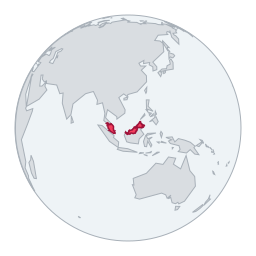 globe centered on Malaysia
{"feature_id": "MYS", "entity_name": "Malaysia", "entity_type": "country or territory", "adm_level": 0, "iso_a3": "MYS", "parent_name": "Asia", "parent_adm1": "", "projection": "orthographic", "projection_center": [110.864, 4.107], "detail": "fine", "context": "on_globe", "style": "filled", "palette": "rose", "viewbox_px": 256, "rotation_deg": 0, "n_neighbors": 0, "source": "natural_earth", "source_scale": "50m", "svg_char_len": 11699}
<svg xmlns="http://www.w3.org/2000/svg" viewBox="0 0 256 256"><circle cx="128" cy="128" r="113" fill="#eef3f6" stroke="#a8b0b8"/><path d="M229.1,161.9L229.0,162.7L228.9,162.8L229.1,161.9ZM182.8,29.6L191.0,34.8L193.2,37.1L188.4,33.1L186.1,31.6L186.5,32.2L184.2,30.9L183.1,30.6L180.4,29.2L177.8,27.3L176.0,26.4L176.3,27.0L173.8,26.1L173.6,25.4L169.2,24.0L164.0,21.4L164.7,21.5L173.9,25.2L182.8,29.6ZM232.5,86.2L232.4,85.9L232.3,85.6L232.5,86.2ZM188.2,32.8L189.2,33.4L188.4,32.9L188.0,32.7L188.2,32.8ZM183.5,30.9L184.3,31.4L183.4,31.1L183.5,30.9ZM178.3,28.6L176.6,28.0L177.9,28.2L178.3,28.6ZM175.2,27.4L171.0,26.4L172.5,27.4L165.8,24.2L171.6,25.9L173.0,26.0L173.5,26.6L175.2,27.4ZM162.7,22.7L161.3,22.3L162.3,22.4L162.7,22.7ZM31.1,70.6L30.8,71.2L33.4,67.1L32.3,71.3L33.9,71.7L40.8,62.6L38.3,61.7L41.4,57.2L46.3,54.1L49.1,55.6L50.4,54.0L51.7,49.8L55.4,47.2L52.5,48.2L51.4,49.9L49.5,50.7L50.4,49.2L51.7,48.3L51.7,47.3L45.6,52.7L43.9,55.1L42.1,55.6L39.0,59.7L37.4,61.5L42.1,55.2L43.9,53.1L46.4,50.3L54.2,42.9L62.6,36.3L62.5,36.5L63.7,35.8L67.3,33.4L66.8,34.0L70.4,31.7L72.3,31.3L72.9,30.0L77.2,27.8L80.7,26.4L82.3,25.5L76.5,27.9L74.1,29.2L71.9,30.5L65.4,34.4L65.1,34.6L74.0,29.1L83.3,24.6L89.2,22.5L92.0,22.0L87.5,25.3L84.3,26.4L84.4,25.5L80.3,28.1L82.6,27.0L82.1,27.7L86.1,26.2L86.0,26.6L90.0,24.5L90.3,24.9L87.7,26.2L93.9,24.8L95.6,25.5L97.1,25.0L98.1,24.3L99.7,26.0L100.7,25.6L100.6,24.8L102.5,23.6L106.5,22.3L106.8,23.0L105.4,23.5L102.9,25.9L99.2,27.6L99.7,27.8L103.1,26.5L106.1,23.5L108.4,22.6L107.4,23.8L107.9,23.3L109.2,23.0L110.7,23.5L112.0,22.2L125.3,19.9L129.6,21.0L127.2,22.1L136.8,22.4L140.9,24.4L140.8,23.6L145.3,23.7L144.1,23.0L144.4,22.7L155.5,23.6L158.3,24.6L163.0,24.9L162.9,24.5L161.1,23.7L165.8,24.2L172.5,27.4L172.3,27.9L176.7,29.9L175.6,30.9L176.7,32.9L173.0,33.3L174.2,35.1L175.8,35.8L178.6,39.0L178.9,44.2L171.7,37.1L169.8,30.5L170.0,32.8L167.9,31.5L166.7,32.0L166.9,33.9L168.3,34.5L158.1,35.2L154.7,40.5L160.0,41.0L163.0,43.4L163.8,51.7L152.8,62.1L156.8,66.8L156.8,69.7L153.0,71.0L152.8,66.8L149.2,64.8L149.7,62.5L143.5,63.6L143.9,60.4L138.9,63.2L140.5,66.0L145.8,66.0L141.3,70.2L146.4,75.7L146.6,81.8L137.1,91.9L127.9,94.5L127.2,96.5L123.7,93.9L118.8,97.6L125.1,109.8L124.8,113.2L116.9,119.1L116.8,116.6L107.5,109.7L105.6,117.8L112.6,125.1L115.0,133.5L109.5,130.5L107.1,123.2L103.8,120.6L104.9,113.4L102.5,102.8L96.9,104.4L97.5,100.2L93.4,91.5L85.6,93.7L73.0,103.9L70.9,114.6L66.7,119.1L62.3,103.2L63.1,93.0L59.8,93.7L56.7,85.0L46.5,83.5L46.5,80.9L44.3,81.9L42.3,79.1L43.0,75.0L41.1,75.1L39.7,86.1L41.9,86.1L45.9,82.2L44.9,86.2L46.9,90.0L39.2,99.1L26.5,106.4L27.9,98.4L31.5,76.8L32.8,74.6L32.9,74.4L33.1,73.9L30.8,77.5L32.3,73.5L27.6,88.0L25.7,94.3L26.3,106.9L25.6,108.1L26.6,110.8L32.8,108.6L32.3,111.2L27.8,123.4L21.4,139.7L23.8,151.6L25.8,161.7L25.1,167.9L28.5,175.8L28.6,178.2L30.8,182.7L32.8,187.2L34.9,191.3L34.8,191.2L30.5,184.5L26.8,177.5L23.6,170.2L20.8,162.7L18.7,155.1L17.0,147.3L15.9,139.4L15.4,131.4L15.5,123.5L16.1,115.5L17.2,107.7L18.9,99.9L21.2,92.3L24.0,84.8L27.3,77.6L31.1,70.6ZM43.2,53.9L42.0,55.3L42.3,54.9L43.2,53.9ZM49.4,62.5L52.8,63.6L55.8,57.7L57.4,57.8L57.8,55.9L56.0,57.3L57.8,52.4L60.9,51.2L62.8,49.0L61.8,48.5L55.8,51.6L53.2,58.4L50.5,60.5L49.4,62.5ZM102.4,18.5L103.6,18.1L104.2,18.0L108.1,17.2L108.6,17.2L106.4,17.7L102.4,18.5ZM39.1,64.0L37.3,65.6L37.7,64.7L38.2,64.3L39.1,64.0ZM36.6,62.8L36.1,64.2L36.1,63.4L36.6,62.8ZM103.5,18.4L105.1,18.0L104.4,18.3L103.5,18.4ZM109.1,17.3L108.7,17.5L109.1,17.2L109.1,17.3ZM78.2,216.3L80.6,217.7L79.2,217.6L78.2,216.3ZM33.5,161.4L36.4,178.6L34.1,178.3L31.5,173.0L28.9,162.5L30.7,159.8L31.0,155.2L33.5,161.4ZM143.7,154.5L147.1,155.3L147.0,155.8L143.7,154.5ZM140.1,152.5L144.0,152.9L139.4,153.6L140.1,152.5ZM145.5,153.1L149.5,152.4L151.3,151.6L150.9,152.7L145.5,153.1ZM137.4,152.3L123.0,151.2L117.3,149.4L118.6,147.5L127.8,148.7L137.4,152.3ZM118.1,147.4L109.5,141.4L97.9,125.0L102.0,125.5L114.2,135.8L113.4,137.4L118.7,142.0L118.1,147.4ZM139.2,138.9L138.3,143.9L130.4,142.9L126.7,141.8L124.2,135.2L125.6,132.1L128.6,132.4L140.2,122.4L144.2,125.4L140.6,129.7L143.9,134.2L139.2,138.9ZM71.3,115.7L73.4,122.3L71.1,123.2L71.3,115.7ZM145.0,115.3L140.2,119.6L144.6,113.7L145.0,115.3ZM147.6,109.6L147.9,112.0L146.0,109.6L147.6,109.6ZM127.0,99.7L123.9,100.0L123.9,98.3L127.9,97.0L127.0,99.7ZM146.8,87.2L146.6,91.8L145.9,93.3L144.6,90.4L146.8,87.2ZM109.8,20.3L103.9,21.2L99.9,22.3L98.2,23.5L98.1,22.4L104.2,20.6L109.8,20.3ZM123.3,19.8L124.8,19.1L125.9,19.4L125.7,19.6L123.3,19.8ZM123.0,19.3L121.6,18.5L123.6,18.1L124.3,18.8L123.0,19.3ZM112.3,17.8L110.5,18.0L111.2,17.7L112.3,17.8ZM202.6,204.6L203.1,205.5L199.9,208.5L195.7,211.5L192.5,212.3L202.6,204.6ZM175.0,210.2L175.6,206.3L179.8,206.4L177.5,209.6L175.0,210.2ZM205.4,202.3L208.3,199.0L210.1,194.7L209.0,198.7L210.4,199.1L203.8,205.3L205.4,202.3ZM161.6,193.1L139.5,199.1L134.8,197.8L136.2,194.7L132.4,184.7L133.9,185.0L133.2,178.4L146.4,173.3L155.9,163.2L163.0,164.4L168.5,157.0L175.7,158.2L173.4,164.2L180.6,168.9L186.1,155.5L189.9,170.7L194.7,176.5L195.4,186.2L184.5,201.2L178.8,203.9L177.9,202.3L175.5,203.7L172.1,202.7L170.7,197.4L168.3,198.8L170.9,195.1L167.2,198.3L165.7,194.8L161.6,193.1ZM212.7,171.2L213.5,171.7L214.7,174.5L213.3,173.8L212.7,171.2ZM226.8,164.6L227.0,165.9L226.2,166.1L226.8,164.6ZM228.9,162.8L227.9,163.1L229.1,161.9L228.9,162.8ZM218.2,163.1L218.6,164.1L218.2,164.3L218.2,163.1ZM217.8,162.7L218.5,161.3L218.3,162.8L217.8,162.7ZM213.8,154.1L214.4,153.4L214.6,154.0L213.8,154.1ZM152.2,155.7L157.0,152.2L159.6,152.1L152.2,155.7ZM213.0,152.4L211.5,152.1L211.7,151.3L213.0,152.4ZM213.1,150.5L213.0,149.4L213.9,152.1L213.1,150.5ZM210.4,147.7L212.1,149.9L210.1,147.9L210.4,147.7ZM209.3,147.9L208.0,146.8L208.1,146.5L209.3,147.9ZM193.9,147.6L198.9,154.7L194.8,154.1L190.2,149.6L186.5,153.0L178.2,151.6L180.1,149.4L179.0,145.7L170.3,143.5L168.5,141.0L171.7,139.8L165.9,137.4L172.2,136.9L174.8,141.9L178.4,138.6L184.5,140.1L190.4,142.3L195.1,146.3L193.9,147.6ZM172.2,147.4L173.3,147.5L172.3,148.8L172.2,147.4ZM205.4,143.9L207.3,146.4L207.1,147.0L206.2,146.5L205.4,143.9ZM196.2,145.6L201.2,142.3L202.4,142.5L199.0,146.6L196.2,145.6ZM200.0,139.6L202.3,140.4L203.5,142.8L203.1,143.3L200.0,139.6ZM159.3,141.9L159.0,143.2L157.3,142.0L159.3,141.9ZM161.4,141.3L166.4,143.1L160.9,142.3L161.4,141.3ZM146.2,135.5L147.7,138.7L152.3,137.1L148.8,139.7L151.9,145.0L150.9,146.9L147.7,141.1L146.6,146.7L144.6,146.5L143.5,141.5L145.5,135.7L147.6,133.4L156.0,133.0L146.2,135.5ZM161.4,137.5L160.1,133.7L161.0,131.4L162.5,133.5L161.4,137.5ZM156.1,124.8L152.6,120.5L149.4,121.8L155.9,116.6L158.2,121.6L156.1,124.8ZM153.2,115.7L150.2,116.8L153.3,113.8L153.2,115.7ZM149.4,115.4L149.1,112.6L151.4,113.2L149.4,115.4ZM154.7,115.9L155.3,111.2L156.5,114.1L154.7,115.9ZM148.1,106.3L153.1,111.3L146.5,108.8L146.3,99.9L149.1,99.9L148.1,106.3ZM163.7,73.6L163.0,71.3L165.6,71.0L165.3,72.7L163.7,73.6ZM173.2,69.1L166.0,70.3L160.2,71.6L162.0,72.9L160.7,76.6L157.9,72.7L162.0,69.0L166.5,68.7L167.1,65.7L170.3,64.1L169.5,60.3L170.9,58.9L173.0,62.4L173.2,69.1ZM169.0,58.7L168.7,52.6L173.5,54.2L174.7,55.8L172.8,57.9L170.3,56.9L169.0,58.7ZM170.1,51.7L167.8,50.8L162.5,42.1L162.6,40.7L169.1,47.6L167.3,47.3L167.7,49.3L170.1,51.7ZM161.8,22.7L161.4,22.4L162.6,22.8L161.8,22.7ZM143.6,22.4L144.2,22.0L145.6,22.4L143.6,22.4ZM146.6,21.3L144.6,21.1L146.6,21.0L146.6,21.3ZM140.3,20.8L143.8,20.9L140.6,21.2L140.3,20.8Z" fill="#d9dde1" stroke="#a8b0b8" stroke-width="1"/><path d="M141.1,127.8L140.9,127.8L140.5,127.6L140.2,127.5L139.7,127.5L139.4,127.5L139.2,127.5L139.1,127.4L138.9,127.6L138.7,127.5L138.3,127.5L138.1,127.6L137.9,127.5L137.7,127.5L137.4,127.8L137.3,128.0L137.2,128.3L137.2,128.7L137.2,128.9L137.2,129.2L137.2,129.3L137.1,129.5L137.1,129.8L137.0,130.1L136.9,130.1L136.7,130.2L136.3,130.4L136.3,130.5L136.3,130.9L136.5,131.0L136.4,131.1L136.1,131.4L135.8,131.6L135.7,131.6L135.6,131.8L135.7,132.0L135.8,132.1L135.7,132.3L135.5,132.5L135.4,132.9L135.3,133.1L135.2,133.2L134.9,133.1L134.7,133.2L134.4,133.2L134.2,133.2L133.8,133.3L133.7,133.5L133.4,133.6L133.2,133.5L132.9,133.5L132.3,133.3L132.2,133.2L131.2,133.0L130.9,133.1L130.7,133.2L130.6,133.4L130.5,133.6L130.4,133.8L130.1,133.9L129.9,134.1L129.6,134.1L129.3,134.1L129.2,134.1L128.8,134.0L128.5,134.0L128.1,134.1L127.5,134.3L127.3,134.4L127.2,134.3L127.1,134.2L126.9,134.1L126.5,133.7L126.4,133.6L126.2,133.4L125.9,133.2L125.6,132.9L125.6,132.6L125.4,132.4L125.6,132.1L125.7,132.4L125.8,132.4L126.0,132.6L126.3,132.7L126.5,132.7L126.8,132.7L127.0,132.7L127.6,133.0L127.8,133.1L128.1,133.1L128.5,133.3L128.4,133.1L128.4,132.9L128.5,132.8L128.6,132.7L128.6,132.3L128.7,132.2L128.8,132.0L128.8,131.9L128.7,131.8L128.7,131.6L128.7,131.4L129.0,131.4L129.1,131.2L129.1,130.9L129.3,130.7L129.5,130.5L130.5,130.3L131.7,130.0L132.0,129.9L132.3,129.8L132.5,129.5L132.8,129.1L133.1,128.7L133.6,128.2L134.0,127.7L134.1,127.4L134.1,127.2L134.3,127.0L134.5,127.2L134.6,127.3L134.7,127.5L134.8,127.7L135.0,127.7L135.0,127.8L135.1,128.0L135.3,128.1L135.6,128.0L135.7,127.9L135.7,127.7L135.8,127.5L135.8,127.4L135.7,127.3L135.6,126.9L135.7,126.7L135.8,126.6L136.0,126.5L136.1,126.4L136.1,126.8L136.2,127.0L136.3,127.4L136.4,127.5L136.6,127.5L136.7,127.4L136.6,126.9L136.5,126.7L136.4,126.5L136.4,126.4L136.8,126.4L137.1,126.1L137.2,125.8L137.0,125.7L136.9,125.6L136.9,125.4L137.2,125.1L137.3,125.0L137.5,125.2L137.8,125.0L137.9,124.8L138.1,124.5L138.2,124.2L138.3,124.0L139.0,123.2L139.5,122.3L139.7,122.6L139.6,122.9L139.5,123.0L139.8,122.9L140.0,122.7L140.1,122.4L140.4,122.4L140.4,122.6L140.5,122.7L140.5,122.9L140.7,123.0L140.9,123.1L141.1,123.2L141.2,123.3L141.3,123.4L141.3,123.5L141.2,123.8L141.2,124.1L141.2,124.3L141.0,124.5L141.6,124.3L141.9,124.1L142.0,124.2L142.1,124.5L141.8,124.6L141.9,124.8L142.0,124.8L142.2,124.7L142.4,124.6L142.5,124.6L142.8,124.7L143.0,124.8L143.1,125.0L143.3,125.1L143.8,125.3L144.0,125.3L144.3,125.3L144.4,125.6L144.4,125.8L144.1,126.0L143.7,126.1L143.2,126.2L142.7,126.1L142.4,126.2L142.3,126.5L142.6,126.8L143.0,127.2L143.1,127.3L142.9,127.4L142.7,127.5L142.4,127.5L142.2,127.6L141.8,127.6L141.4,127.5L141.2,127.8L141.1,127.8ZM107.1,123.3L107.2,123.2L107.2,122.9L107.3,122.8L107.6,123.1L108.0,123.2L108.1,123.3L108.3,123.2L108.4,123.3L108.5,123.5L108.8,123.7L109.0,123.8L109.0,124.1L108.8,124.5L109.0,124.8L109.2,124.7L109.3,124.6L109.6,124.5L109.9,124.4L110.0,124.4L110.1,124.6L110.3,124.6L110.5,124.5L110.6,124.4L110.6,124.2L110.8,124.0L110.9,123.8L110.9,123.7L111.3,123.8L111.8,124.5L112.3,124.9L112.5,125.1L112.8,125.4L113.0,125.7L113.5,126.5L113.5,126.8L113.5,127.4L113.4,128.2L113.3,128.6L113.3,128.8L113.5,129.1L113.5,129.4L113.5,129.6L113.5,130.2L113.6,130.4L113.7,130.6L114.2,130.9L114.2,131.1L114.5,131.6L115.0,132.6L115.1,133.1L115.0,133.3L114.9,133.3L114.8,133.2L114.7,133.2L114.6,132.9L114.5,133.0L114.4,133.2L114.2,133.1L113.9,133.2L113.7,133.4L113.4,133.2L112.4,132.5L112.1,132.3L111.7,132.0L110.9,131.6L110.4,131.2L110.2,130.9L109.7,130.7L109.5,130.4L109.4,130.4L109.4,130.0L109.4,129.8L109.3,129.6L109.0,129.1L108.8,128.8L108.5,128.5L108.3,128.4L108.2,128.2L108.3,128.1L108.3,127.9L108.1,127.6L108.0,127.3L108.0,126.8L107.8,126.0L107.5,125.0L107.6,124.6L107.5,124.2L107.4,123.8L107.2,123.5L107.1,123.3ZM140.2,121.9L140.1,122.0L140.1,121.9L140.2,121.6L140.5,121.6L140.5,121.8L140.4,121.9L140.2,121.9ZM106.6,123.2L106.7,123.4L106.7,123.5L106.4,123.6L106.2,123.4L106.3,123.3L106.6,123.3L106.6,123.2ZM129.0,131.3L128.9,131.3L128.9,130.7L129.0,130.6L129.0,131.0L129.0,131.3ZM107.4,125.5L107.2,125.5L107.3,125.2L107.5,125.2L107.5,125.3L107.4,125.5ZM141.7,127.8L141.3,127.8L141.3,127.7L141.5,127.7L141.7,127.8ZM115.0,130.6L114.9,130.7L114.9,130.4L115.0,130.6L115.0,130.6ZM109.3,130.1L109.2,130.1L109.3,130.0L109.3,129.9L109.4,130.0L109.3,130.1Z" fill="#f43f5e" stroke="#9f1239" stroke-width="1.5"/></svg>